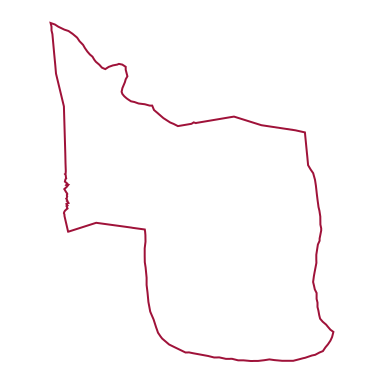 outline of Ile Oluji/Okeigbo, Ondo, Nigeria, rotated 90°
{"feature_id": "59680162B60046857326615", "entity_name": "Ile Oluji/Okeigbo", "entity_type": "district", "adm_level": 2, "iso_a3": "NGA", "parent_name": "Nigeria", "parent_adm1": "Ondo", "projection": "natural_earth1", "projection_center": [4.846, 7.238], "detail": "fine", "context": "isolated", "style": "outline", "palette": "rose", "viewbox_px": 384, "rotation_deg": 90, "n_neighbors": 0, "source": "geoboundaries", "source_scale": "gbopen_adm2", "svg_char_len": 2916}
<svg xmlns="http://www.w3.org/2000/svg" viewBox="0 0 384 384"><g transform="rotate(90 192 192)"><path d="M329.5,227.1L332.7,226.0L336.4,223.5L338.6,221.8L344.5,214.9L347.4,209.0L350.3,203.0L352.5,198.5L352.4,194.9L353.2,191.1L354.6,183.4L356.0,175.8L357.5,169.8L357.4,164.7L358.9,157.9L358.8,152.0L360.3,146.0L360.3,140.9L361.0,133.3L360.9,125.6L360.2,119.7L359.4,114.6L360.1,109.5L360.8,101.8L360.8,95.0L360.8,90.8L359.3,84.9L358.2,80.8L357.8,78.9L355.5,72.1L354.8,68.8L352.5,64.5L351.1,61.1L347.4,58.6L344.4,56.1L340.7,53.6L337.0,51.9L331.9,50.6L329.7,53.6L326.8,56.1L324.6,57.9L321.7,61.3L318.7,63.9L315.1,64.8L310.6,65.6L307.0,66.5L302.6,66.5L298.9,67.4L296.0,67.4L293.0,67.4L289.4,69.2L285.7,70.0L282.0,70.9L276.1,70.1L271.7,69.3L262.9,67.6L259.2,67.7L258.5,67.7L254.8,67.7L249.6,66.9L244.5,66.1L240.8,64.4L238.6,64.4L230.5,62.8L228.3,62.8L224.6,63.6L216.6,63.7L210.7,64.6L207.0,65.5L203.9,65.9L201.1,66.3L195.5,67.0L193.8,67.2L185.7,68.1L179.8,69.0L174.4,70.5L173.2,70.8L169.6,73.3L165.2,75.9L156.7,76.7L152.8,77.1L134.4,78.9L134.1,78.9L132.4,79.1L130.3,88.6L125.2,122.6L116.6,150.0L117.3,154.3L122.9,187.5L123.1,188.1L122.4,190.3L123.8,192.5L126.1,206.1L123.9,210.4L122.5,213.8L120.3,217.2L118.1,220.6L110.0,230.0L105.6,231.8L105.6,234.3L104.2,239.4L104.2,239.6L103.5,245.4L102.0,249.6L101.3,253.0L99.4,255.9L98.4,257.3L97.1,258.8L96.2,259.8L95.1,260.7L94.0,261.6L91.8,262.4L88.1,261.6L82.2,259.1L79.3,258.3L76.3,256.6L69.7,258.3L66.8,258.3L64.6,261.7L63.9,265.1L64.6,266.8L65.4,271.1L66.9,275.3L69.1,278.7L68.4,280.4L67.6,282.1L64.7,284.7L61.8,288.1L60.8,288.9L59.6,289.8L56.7,291.5L54.5,294.1L51.5,296.7L47.9,299.2L44.9,300.9L41.3,304.4L37.6,306.9L34.0,311.2L31.0,315.5L29.6,319.7L26.7,325.7L24.5,329.1L23.0,333.4L26.7,332.5L30.4,332.5L34.1,331.6L53.9,329.8L65.4,328.7L73.6,328.0L106.4,320.1L153.8,318.7L162.9,318.5L171.4,318.2L171.8,318.3L172.8,318.3L173.6,318.4L174.1,319.0L175.0,318.3L177.9,318.0L178.3,317.8L179.2,318.5L180.2,318.8L181.6,319.1L182.6,317.9L183.6,316.7L184.3,317.3L184.9,317.7L185.0,315.8L186.8,317.2L187.3,317.7L189.1,319.7L192.7,317.5L192.9,317.3L193.3,317.0L193.7,316.8L194.0,316.7L194.3,316.8L194.7,317.1L195.4,317.1L195.9,317.1L196.3,316.8L197.7,317.2L198.2,317.2L198.5,317.4L198.7,317.7L199.8,317.0L201.2,316.5L201.3,316.8L201.6,316.5L202.5,315.8L203.0,315.5L203.4,316.6L204.0,317.6L204.4,317.3L205.5,316.5L206.1,317.5L206.6,317.3L206.8,317.1L207.1,316.9L207.5,316.9L208.0,316.7L208.2,316.9L208.6,316.6L208.8,316.9L209.6,317.8L210.3,318.6L210.8,319.1L212.1,319.8L213.1,320.1L214.4,319.6L216.1,319.5L231.7,315.9L231.7,315.7L223.3,289.4L222.8,287.8L226.7,259.1L227.6,252.6L227.8,251.6L229.5,239.2L231.6,238.9L235.0,238.6L241.7,238.5L248.3,239.3L252.7,239.3L256.4,239.3L262.2,239.2L267.4,238.4L277.7,237.4L285.0,237.4L292.4,236.5L300.8,235.7L301.9,235.6L311.5,233.8L313.0,233.2L319.5,230.4L322.0,229.6L327.6,227.8L329.5,227.1Z" fill="none" stroke="#9f1239" stroke-width="2"/></g></svg>